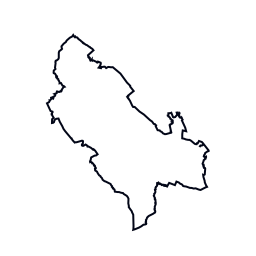 Sanduleni, Bacau, Romania, rotated 80°
{"feature_id": "2599482B49550727652052", "entity_name": "Sanduleni", "entity_type": "district", "adm_level": 2, "iso_a3": "ROU", "parent_name": "Romania", "parent_adm1": "Bacau", "projection": "mercator", "projection_center": [26.744, 46.458], "detail": "fine", "context": "isolated", "style": "outline", "palette": "ink", "viewbox_px": 256, "rotation_deg": 80, "n_neighbors": 0, "source": "geoboundaries", "source_scale": "gbopen_adm2", "svg_char_len": 5834}
<svg xmlns="http://www.w3.org/2000/svg" viewBox="0 0 256 256"><g transform="rotate(80 128 128)"><path d="M58.5,191.1L60.8,191.7L61.1,191.6L61.8,190.4L64.0,189.6L64.8,188.9L65.2,189.1L65.3,189.9L65.5,189.9L66.0,189.7L66.2,189.3L66.8,189.1L66.7,188.9L67.3,188.7L67.7,188.2L69.0,188.2L69.8,187.7L71.6,187.4L72.1,187.6L72.1,186.2L74.8,185.2L75.9,183.6L76.4,183.3L76.5,184.4L78.9,186.7L79.7,186.8L80.3,187.4L79.9,187.9L80.1,188.5L80.6,188.9L80.5,189.9L79.8,191.1L79.7,191.7L81.3,192.2L81.7,194.5L82.4,193.8L83.4,194.1L83.8,194.6L84.3,196.3L84.8,196.4L85.1,196.1L85.3,196.1L86.1,196.7L85.3,197.5L84.9,197.5L84.7,197.9L84.7,198.2L84.8,198.5L85.2,198.5L85.8,198.2L87.4,200.2L87.3,200.4L87.7,200.4L88.8,201.3L89.6,203.5L97.8,201.3L98.8,199.5L99.3,199.5L100.6,200.7L101.1,200.8L101.1,200.5L101.2,200.4L102.3,200.5L105.1,199.4L106.1,201.2L109.9,202.0L109.9,200.9L109.4,199.9L107.5,199.0L106.8,198.0L106.5,197.0L106.6,194.8L110.0,194.1L114.8,192.4L117.6,191.7L120.1,190.5L128.8,185.5L128.7,185.3L130.4,184.7L133.1,183.0L132.9,182.2L133.1,181.1L132.5,175.5L132.8,174.8L133.2,174.6L135.2,175.1L135.7,175.3L136.0,176.1L136.4,176.3L137.2,176.4L137.7,175.7L137.8,175.0L136.9,172.6L138.2,171.3L139.2,171.1L139.1,170.5L141.1,167.9L143.2,166.2L142.8,165.8L143.0,165.5L144.6,164.3L148.6,162.5L149.5,164.2L149.4,165.7L150.6,169.4L154.1,170.8L154.2,171.2L155.0,171.2L154.8,170.5L155.3,170.0L156.4,169.5L156.2,169.1L159.6,167.1L160.3,167.1L160.2,167.4L161.9,166.6L162.5,167.1L162.5,167.6L164.1,167.7L165.6,166.1L167.4,165.6L169.6,164.6L170.6,163.5L171.3,163.4L172.9,162.3L174.5,162.0L176.3,160.4L176.7,159.5L180.1,154.9L181.5,154.5L182.5,153.8L183.2,154.1L184.3,153.1L184.8,153.4L185.2,153.2L185.8,152.3L186.2,152.0L188.4,152.0L189.3,149.3L189.5,148.0L190.6,146.0L191.2,144.2L192.2,143.7L194.6,141.0L196.2,140.2L197.7,139.8L202.3,140.8L205.1,140.7L206.0,141.0L210.8,138.7L211.5,138.7L214.3,137.9L225.6,139.6L228.4,140.2L229.1,140.5L228.8,138.2L228.0,134.5L227.1,131.9L226.2,130.2L225.9,129.4L226.0,128.1L225.8,126.9L225.4,126.6L224.2,127.0L223.7,126.5L223.0,126.7L222.6,126.3L221.7,126.3L221.4,125.8L219.5,124.7L219.3,124.2L218.9,124.0L218.2,122.7L216.8,118.1L216.3,117.0L215.9,116.6L216.0,116.2L215.7,115.9L214.8,115.6L213.7,115.7L213.3,116.0L212.6,115.8L212.3,116.0L211.8,115.5L210.3,115.4L207.9,114.0L206.8,114.2L206.6,113.8L206.2,114.0L205.9,113.7L203.3,113.5L203.0,114.0L202.3,114.0L201.7,113.6L199.2,114.4L198.4,113.7L197.3,113.6L196.8,112.8L195.9,112.2L194.8,112.0L194.2,112.2L193.5,112.2L193.2,111.4L192.1,111.5L191.5,111.2L191.4,110.9L190.8,110.7L190.2,109.7L189.7,109.3L187.3,108.9L187.3,108.1L187.0,107.5L187.2,107.4L187.9,107.8L188.4,107.3L188.1,106.9L188.5,106.7L188.3,106.1L188.8,105.8L188.9,105.3L189.4,104.9L190.0,104.8L190.2,104.4L189.8,103.4L190.6,102.6L190.7,102.4L190.4,101.7L190.5,101.5L191.1,101.6L191.4,101.9L191.5,101.6L191.2,101.4L191.1,100.7L191.7,100.7L191.9,100.2L192.4,99.7L189.2,97.0L192.4,91.7L189.2,89.6L190.5,87.4L192.0,86.2L192.6,85.1L193.3,84.4L194.7,83.8L195.0,83.2L195.8,80.8L197.7,77.5L198.1,75.7L199.0,73.9L199.2,71.8L200.8,69.2L201.5,67.7L201.6,67.2L200.0,62.0L199.7,60.4L197.9,61.1L194.9,61.8L193.3,61.7L189.4,62.2L187.2,62.1L187.4,61.8L187.4,61.2L187.1,60.5L181.4,59.0L180.7,59.2L180.5,60.1L180.1,60.2L178.7,60.4L178.6,59.9L177.4,59.9L177.4,60.4L176.2,60.8L174.0,59.5L172.8,59.0L172.3,58.0L171.6,57.5L171.7,57.0L170.1,56.1L169.7,56.1L170.0,57.2L169.7,57.8L169.1,58.3L167.9,57.7L166.8,56.6L166.1,56.4L165.0,54.2L164.7,52.6L164.1,52.5L156.8,56.4L157.7,57.0L158.0,57.8L158.1,58.7L157.9,59.6L158.5,60.2L158.4,60.3L157.8,59.6L158.0,59.1L157.9,57.9L157.3,56.7L156.7,56.5L154.6,57.7L153.1,60.4L155.1,61.9L154.9,62.6L155.9,63.2L155.8,63.8L155.2,65.0L151.5,68.1L150.4,69.4L150.1,70.9L149.3,73.0L148.4,74.4L147.6,76.4L143.4,75.6L139.9,74.5L141.3,71.3L137.6,71.6L129.9,73.6L129.3,72.8L127.6,73.4L127.0,73.3L126.5,73.7L127.0,74.1L127.0,74.5L126.6,75.2L124.8,75.9L124.4,75.4L123.9,75.5L123.5,75.3L123.6,75.6L123.2,75.8L122.7,74.8L122.2,74.8L121.9,75.0L122.3,75.3L122.7,76.4L123.2,76.3L123.2,76.5L121.3,76.9L121.3,77.4L122.7,77.2L123.5,77.4L125.4,79.6L125.5,81.2L125.2,81.7L120.5,82.7L120.7,83.4L120.5,85.7L122.8,86.0L122.7,86.7L122.8,86.7L123.1,86.2L123.8,86.1L124.5,85.2L125.7,84.7L126.3,84.7L126.8,84.0L127.6,83.8L128.0,82.9L128.8,82.9L128.7,83.2L129.1,83.3L129.2,82.8L129.5,82.9L129.7,83.7L130.2,83.2L130.7,83.0L131.2,83.5L131.4,84.0L131.8,85.8L132.2,85.9L132.2,86.4L132.3,86.5L138.8,86.2L138.8,86.6L139.1,86.6L139.9,86.1L140.1,86.2L140.6,91.5L140.5,92.7L139.3,94.5L137.6,95.5L137.0,96.6L135.9,97.2L135.3,99.2L131.2,100.4L130.3,99.8L129.5,100.6L129.0,100.7L128.8,100.9L128.7,101.5L128.3,102.0L125.8,103.2L124.0,105.0L117.5,110.0L113.8,113.8L108.4,117.8L108.2,119.3L106.6,120.0L101.3,121.4L98.8,122.7L98.7,122.5L97.2,123.4L96.5,122.1L96.1,122.3L92.6,116.0L87.6,118.7L86.8,118.5L83.1,121.1L73.1,126.0L65.5,132.4L65.2,134.3L64.5,136.5L64.5,137.2L65.2,139.1L63.7,140.1L63.4,140.9L63.5,142.3L63.2,143.6L64.4,144.2L63.5,146.4L62.5,145.3L60.6,143.9L59.4,143.5L58.9,143.6L57.5,145.9L58.0,146.1L58.3,146.6L58.1,147.2L57.4,147.6L55.3,150.6L55.1,151.2L55.4,151.4L55.1,151.7L54.9,151.5L54.6,152.1L54.3,152.0L55.2,153.1L55.0,153.4L54.0,153.4L52.6,154.0L52.5,154.4L52.4,154.0L51.9,154.4L51.7,153.8L51.1,154.3L50.2,154.5L50.1,154.8L49.4,154.8L45.5,148.5L44.0,149.3L43.0,150.3L42.5,151.0L41.6,151.5L41.3,152.1L39.2,154.1L38.6,155.2L36.4,157.2L36.7,157.4L36.5,157.6L35.1,158.3L34.7,158.8L33.4,159.7L32.5,160.7L31.3,161.5L31.2,161.8L30.1,162.2L29.6,163.3L29.5,164.3L28.9,164.3L29.1,164.7L29.0,164.8L28.8,164.7L28.2,165.3L26.9,165.8L28.2,167.1L29.0,169.6L30.8,172.6L31.6,173.6L32.5,174.2L33.8,176.7L36.0,179.3L37.7,179.4L38.6,179.2L39.1,179.8L40.4,182.3L40.8,182.6L41.9,183.1L47.0,184.0L48.1,184.7L49.2,186.8L49.2,187.5L49.7,187.8L50.7,188.1L51.4,188.0L55.9,189.4L57.3,189.2L58.5,191.1Z" fill="none" stroke="#020617" stroke-width="2"/></g></svg>